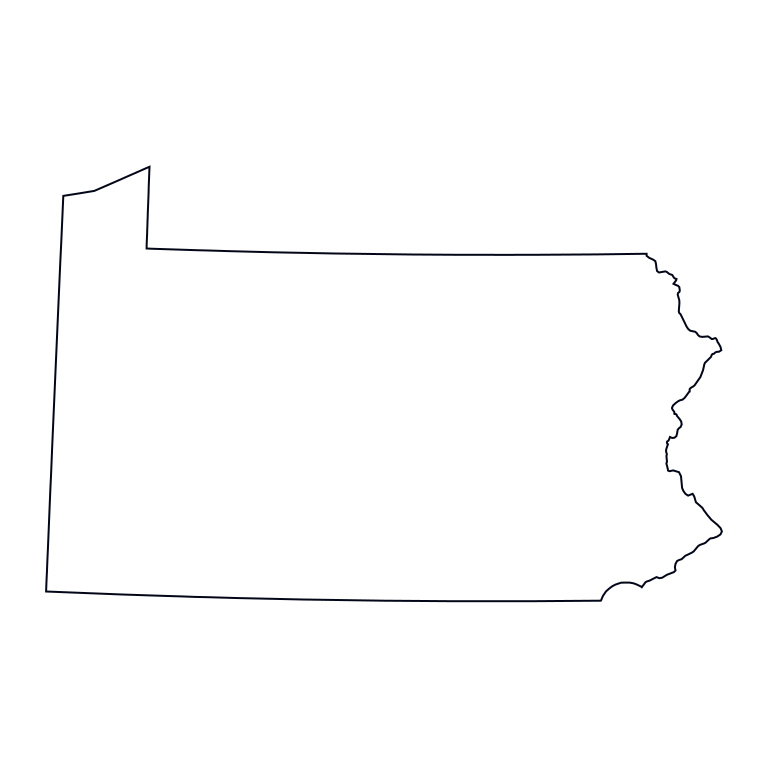 SVG path tracing the border of Pennsylvania
{"feature_id": "USA-3560", "entity_name": "Pennsylvania", "entity_type": "State", "adm_level": 1, "iso_a3": "USA", "parent_name": "United States of America", "parent_adm1": "", "projection": "orthographic", "projection_center": [-76.702, 41.129], "detail": "fine", "context": "isolated", "style": "outline", "palette": "ink", "viewbox_px": 768, "rotation_deg": 0, "n_neighbors": 0, "source": "natural_earth", "source_scale": "10m", "svg_char_len": 3892}
<svg xmlns="http://www.w3.org/2000/svg" viewBox="0 0 768 768"><path d="M63.3,195.9L65.1,195.6L79.7,193.3L94.3,190.9L111.8,183.3L129.3,175.6L146.8,167.9L149.5,166.8L149.3,171.8L149.1,177.0L148.9,182.1L148.7,187.3L148.6,192.5L148.4,197.6L148.2,202.8L148.0,207.9L147.8,212.4L147.7,216.8L147.5,221.2L147.4,225.7L147.2,230.1L147.1,234.5L146.9,238.9L146.7,243.4L146.6,248.5L150.7,248.7L166.0,249.2L181.4,249.7L196.8,250.2L212.1,250.6L227.5,251.1L242.9,251.5L258.2,251.9L273.6,252.3L289.0,252.6L304.4,252.9L319.7,253.2L335.1,253.5L350.5,253.7L365.9,253.9L381.2,254.1L396.6,254.3L412.0,254.5L427.4,254.6L442.8,254.7L458.1,254.8L473.5,254.8L488.9,254.8L504.3,254.9L519.7,254.8L535.1,254.8L550.4,254.7L565.8,254.6L581.2,254.5L596.6,254.4L612.0,254.2L627.3,254.0L642.7,253.8L645.2,253.8L646.6,253.8L646.6,255.8L649.3,257.9L652.9,259.5L655.3,261.1L656.0,263.9L656.4,267.7L657.1,271.1L659.0,272.5L665.2,271.4L666.6,271.8L669.2,273.9L672.3,275.0L674.0,277.8L675.0,278.5L676.5,279.0L676.1,280.4L673.5,283.8L675.9,285.0L677.9,285.7L679.3,287.1L679.8,290.4L679.5,291.8L678.0,293.1L677.7,294.6L679.3,300.3L679.4,303.4L678.8,311.3L679.2,312.9L680.6,314.3L686.6,326.6L688.2,329.0L690.2,330.7L695.3,331.8L696.8,333.2L697.9,334.9L699.5,336.4L702.3,336.9L707.9,336.4L710.1,337.7L711.6,339.0L712.8,339.0L713.9,338.5L715.2,338.1L716.1,338.6L716.7,339.7L717.7,342.2L718.7,343.6L720.5,346.9L721.2,349.9L721.3,350.2L719.0,351.7L716.5,351.9L715.4,352.4L713.8,353.8L712.6,354.0L712.1,354.4L711.7,355.0L711.1,356.5L710.9,357.0L704.9,362.9L704.1,365.0L704.0,366.0L703.0,370.3L700.4,377.0L694.6,385.3L693.2,386.5L692.4,386.9L691.2,387.6L690.1,388.5L689.6,389.3L689.7,391.1L689.7,391.5L689.2,391.7L684.7,397.8L682.6,399.6L680.0,400.3L678.4,401.1L675.7,403.0L673.1,405.4L672.0,407.8L672.2,408.9L672.9,410.1L674.3,411.9L674.4,412.5L674.3,413.2L674.3,413.8L674.7,414.0L675.4,414.0L676.1,414.2L676.6,414.7L676.8,415.6L677.7,416.8L679.5,418.9L681.2,421.5L681.7,424.4L680.6,427.0L679.0,428.2L677.7,429.7L677.1,433.3L676.4,436.1L674.5,437.7L672.2,438.0L670.0,437.0L669.0,439.6L668.3,440.8L667.4,441.3L666.9,442.0L667.1,443.2L667.5,444.3L667.9,444.4L666.4,448.7L666.0,450.8L666.4,452.7L666.9,454.2L666.5,455.4L666.5,456.9L667.0,461.7L666.4,463.2L666.7,464.8L667.2,466.4L668.1,470.6L669.6,471.2L673.1,470.4L679.0,472.2L681.0,476.2L682.1,488.0L683.3,490.8L685.5,493.9L688.1,495.6L692.6,493.8L694.2,496.4L695.9,502.2L702.0,507.5L703.1,508.9L703.5,509.8L707.6,515.3L711.3,519.7L717.6,525.0L720.6,528.2L721.9,531.4L720.5,534.4L717.2,536.6L713.4,538.0L710.5,538.4L709.4,539.1L705.4,542.8L704.2,543.4L699.9,544.9L698.1,546.1L693.7,551.4L692.1,552.5L688.1,554.5L685.4,555.7L681.6,559.2L679.0,560.0L677.0,561.1L675.5,563.9L674.9,567.3L675.5,570.5L673.9,572.1L666.9,574.8L662.2,577.7L659.4,578.2L656.5,577.1L649.4,580.7L647.3,581.3L645.6,582.1L641.8,587.2L641.7,587.1L641.0,586.5L639.2,585.7L636.5,584.4L633.5,583.3L629.5,582.6L624.4,582.6L621.1,582.7L617.7,583.8L615.2,584.7L612.2,586.3L609.4,588.4L606.0,591.4L602.9,596.0L601.0,600.5L600.8,600.7L599.9,600.7L599.4,600.7L586.3,600.8L572.9,600.9L559.3,601.0L545.8,601.1L532.3,601.2L518.8,601.2L505.3,601.2L491.8,601.2L478.3,601.2L464.8,601.2L451.3,601.2L437.8,601.1L424.3,601.0L410.8,600.9L397.3,600.8L383.8,600.7L370.3,600.5L356.8,600.3L343.3,600.1L329.8,599.9L316.3,599.7L302.8,599.5L289.3,599.2L275.8,598.9L262.3,598.6L248.8,598.3L235.3,598.0L221.8,597.6L208.3,597.2L194.8,596.9L181.3,596.4L167.8,596.0L152.6,595.5L137.4,595.0L122.2,594.5L106.9,593.9L91.7,593.3L76.5,592.7L61.3,592.1L46.1,591.5L46.5,580.9L47.0,570.3L47.4,559.7L47.9,549.1L48.4,536.9L48.9,524.7L49.4,512.5L49.9,500.3L50.4,488.1L51.0,475.9L51.5,463.7L52.0,451.5L52.0,451.4L52.0,451.2L52.0,450.9L52.7,434.9L53.4,418.9L54.1,403.0L54.8,387.1L55.5,371.1L56.2,355.2L56.9,339.3L57.6,323.3L58.3,307.4L59.0,291.5L59.7,275.5L60.4,259.6L61.2,243.6L61.9,227.7L62.6,211.8L63.3,195.9Z" fill="none" stroke="#020617" stroke-width="2"/></svg>